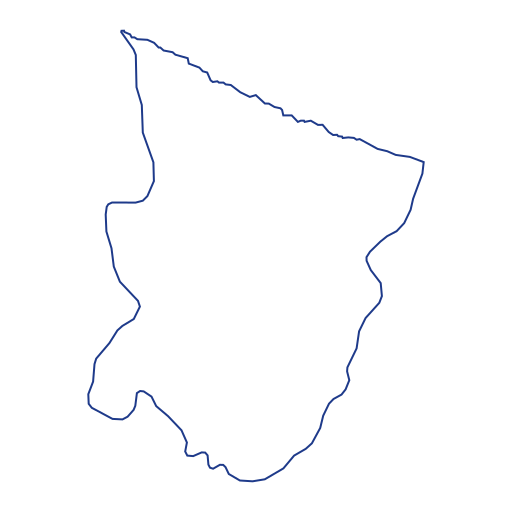 Villa Vázquez, Monte Cristi, Dominican Republic (Albers equal-area conic projection)
{"feature_id": "3306468B4250882356752", "entity_name": "Villa Vázquez", "entity_type": "district", "adm_level": 2, "iso_a3": "DOM", "parent_name": "Dominican Republic", "parent_adm1": "Monte Cristi", "projection": "albers", "projection_center": [-71.426, 19.801], "detail": "medium", "context": "isolated", "style": "outline", "palette": "blue", "viewbox_px": 512, "rotation_deg": 0, "n_neighbors": 0, "source": "geoboundaries", "source_scale": "gbopen_adm2", "svg_char_len": 1876}
<svg xmlns="http://www.w3.org/2000/svg" viewBox="0 0 512 512"><path d="M264.8,479.3L283.4,468.4L294.1,455.6L305.8,448.8L311.9,443.3L320.2,428.0L323.2,415.7L329.0,403.7L333.5,399.0L341.5,394.6L345.6,389.4L349.3,380.2L347.1,371.4L347.4,367.4L356.6,348.4L359.1,331.3L365.6,318.0L379.3,302.8L381.9,296.1L380.7,283.1L370.8,270.1L366.6,260.8L366.5,257.2L370.0,251.7L380.4,241.6L387.1,236.2L396.7,231.1L404.2,223.1L410.6,209.8L413.1,198.8L422.4,173.6L423.7,162.1L409.8,156.9L395.7,154.9L387.2,151.2L377.6,148.9L359.7,139.1L356.6,139.7L353.9,137.9L348.3,137.4L342.7,138.0L342.1,136.6L338.2,136.2L337.1,134.8L333.1,135.0L328.7,132.0L322.6,124.8L318.0,124.9L310.8,120.7L304.6,121.9L304.0,120.7L300.7,120.7L297.9,121.9L291.7,115.4L283.3,115.4L282.1,110.0L280.5,108.3L274.5,107.0L268.8,103.6L264.9,103.5L255.8,95.1L249.8,96.9L240.2,92.2L230.8,85.0L225.7,84.4L223.5,82.6L219.0,82.6L217.4,81.3L212.8,82.0L210.6,80.3L207.2,72.5L202.8,71.3L199.4,67.6L188.8,63.6L187.7,58.2L175.4,54.7L172.6,52.2L163.6,50.5L160.3,47.5L158.6,47.5L154.1,42.8L147.4,39.8L137.3,39.2L134.5,37.4L131.7,37.4L130.1,34.4L124.4,32.0L124.0,30.7L121.5,30.8L121.2,32.0L133.5,49.4L135.8,55.0L136.5,87.2L141.8,105.0L142.8,132.6L153.4,162.3L153.9,181.1L147.4,196.1L142.8,200.7L135.6,202.6L112.1,202.5L108.3,204.3L106.7,206.9L105.7,214.5L106.4,231.5L111.5,248.3L113.8,266.6L119.9,281.7L138.0,300.9L139.9,306.6L133.8,319.0L122.4,325.9L117.4,330.4L109.4,343.1L96.2,358.6L94.5,364.1L93.1,381.6L88.3,394.2L88.7,403.8L91.8,407.8L112.5,418.9L122.5,419.4L127.6,416.7L133.6,409.9L135.3,405.8L136.9,393.1L140.1,391.0L143.7,391.4L151.5,396.6L156.2,406.1L168.1,416.2L181.5,430.3L186.9,442.5L185.2,451.5L187.3,455.6L193.2,456.1L201.7,452.4L205.2,452.6L207.6,455.4L208.4,464.6L210.0,467.7L213.1,468.7L219.9,464.8L223.2,464.9L225.5,467.1L228.8,474.0L239.9,480.5L252.6,481.3L264.8,479.3Z" fill="none" stroke="#1e3a8a" stroke-width="2"/></svg>